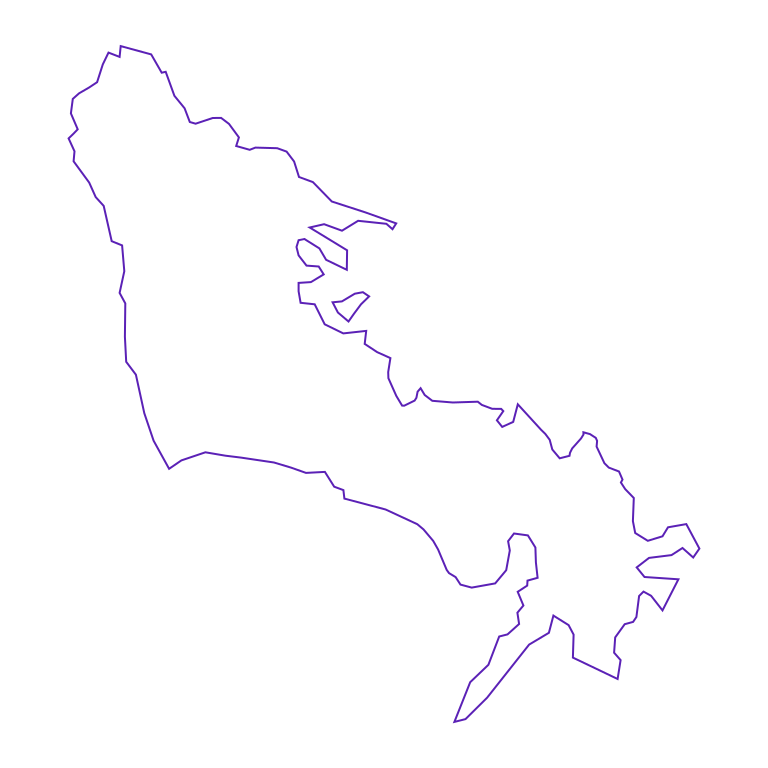 Plaquemines, Louisiana, United States of America (Robinson projection)
{"feature_id": "52423323B22525297064489", "entity_name": "Plaquemines", "entity_type": "district", "adm_level": 2, "iso_a3": "USA", "parent_name": "United States of America", "parent_adm1": "Louisiana", "projection": "robinson", "projection_center": [-89.516, 29.417], "detail": "fine", "context": "isolated", "style": "outline", "palette": "violet", "viewbox_px": 768, "rotation_deg": 0, "n_neighbors": 0, "source": "geoboundaries", "source_scale": "gbopen_adm2", "svg_char_len": 2587}
<svg xmlns="http://www.w3.org/2000/svg" viewBox="0 0 768 768"><path d="M165.7,71.8L161.7,72.7L151.2,54.4L120.7,46.1L119.6,56.9L108.5,52.6L102.8,64.4L97.1,82.2L89.1,87.5L79.1,93.3L72.8,98.9L70.9,113.4L77.7,129.3L73.5,133.7L68.6,138.4L74.5,151.3L73.6,161.3L89.2,182.6L95.7,197.1L103.7,205.9L111.7,241.2L122.1,245.4L124.3,271.2L119.6,292.9L125.3,303.4L124.9,336.7L126.2,361.8L135.9,374.7L144.3,413.2L153.6,440.7L169.1,468.8L181.4,460.4L205.4,452.3L225.5,455.7L241.0,457.6L274.0,462.5L291.0,467.6L306.0,472.9L324.9,471.9L334.2,486.7L343.4,490.1L344.4,498.6L385.6,509.5L417.3,524.2L423.5,529.4L433.2,540.9L438.1,549.5L446.7,569.9L449.0,573.1L455.6,577.1L460.5,584.6L471.7,587.6L495.2,583.4L506.2,570.2L509.8,550.5L508.1,541.2L514.0,533.5L527.9,535.4L535.4,547.5L535.9,562.4L537.6,577.8L527.5,580.6L527.2,585.6L517.7,591.8L523.4,605.5L517.4,612.7L519.1,624.0L507.5,634.4L499.2,636.5L488.4,664.8L470.2,682.2L454.4,721.9L461.6,720.1L465.5,719.1L487.1,697.7L529.1,644.6L548.9,632.8L553.4,615.6L568.6,625.1L573.6,634.6L572.9,657.6L617.6,679.0L620.6,660.1L614.1,652.7L615.2,637.4L624.7,624.2L633.1,621.9L636.4,617.0L639.1,596.0L643.5,591.6L651.1,595.8L662.5,610.4L678.4,579.3L644.5,577.0L636.7,567.4L649.0,557.9L671.5,555.1L682.5,548.0L693.2,557.5L699.4,548.6L686.3,524.1L668.0,527.3L662.5,536.3L647.8,540.8L635.2,533.0L632.9,521.1L633.8,498.0L625.2,489.1L620.9,482.5L622.5,479.6L619.0,471.5L608.8,467.6L604.4,463.2L596.6,446.6L597.1,440.9L595.8,437.9L590.0,434.1L583.4,432.3L583.5,434.5L581.0,438.5L572.2,448.4L570.0,452.8L569.5,455.8L559.7,458.3L552.3,449.5L549.7,439.8L545.3,433.9L541.1,429.8L517.8,404.3L513.2,421.9L502.2,426.9L496.9,420.3L503.3,411.1L501.2,408.9L492.2,408.8L481.8,404.9L477.8,401.7L452.8,402.5L432.3,400.8L424.7,395.0L420.6,388.2L417.6,391.7L416.4,397.8L414.6,400.6L404.2,405.7L402.1,405.6L396.3,395.9L388.4,378.2L388.2,372.1L390.4,358.1L377.1,352.1L364.7,343.9L366.2,330.9L343.3,333.4L324.7,324.3L314.7,304.3L300.6,302.8L298.6,291.3L298.6,282.9L310.9,282.1L323.7,274.4L318.7,266.5L306.5,265.6L298.6,255.4L296.5,247.0L298.6,240.2L304.4,239.0L319.4,248.4L326.1,259.8L346.8,269.8L347.1,250.3L309.7,227.5L324.1,224.2L342.0,230.7L358.1,220.8L386.4,223.8L392.5,229.2L396.2,223.4L365.4,212.4L331.8,201.5L312.9,182.1L299.0,177.0L294.1,161.5L286.6,151.6L277.2,148.2L255.4,147.6L249.7,149.8L236.2,146.0L238.9,137.4L229.0,123.9L221.1,117.9L212.7,118.0L195.6,123.7L189.8,122.0L184.6,108.3L174.4,95.8L165.7,71.8ZM332.6,302.3L337.9,312.5L348.5,321.5L354.0,313.7L361.0,304.3L369.1,296.4L362.9,292.2L354.8,293.7L341.9,301.4L332.6,302.3Z" fill="none" stroke="#5b21b6" stroke-width="2"/></svg>